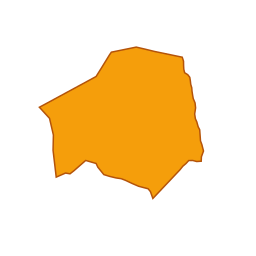 the district of Cacimba de Areia, Paraíba, Brazil, rotated 51°
{"feature_id": "56859067B18621078611334", "entity_name": "Cacimba de Areia", "entity_type": "district", "adm_level": 2, "iso_a3": "BRA", "parent_name": "Brazil", "parent_adm1": "Paraíba", "projection": "robinson", "projection_center": [-37.154, -7.144], "detail": "fine", "context": "isolated", "style": "filled", "palette": "amber", "viewbox_px": 256, "rotation_deg": 51, "n_neighbors": 0, "source": "geoboundaries", "source_scale": "gbopen_adm2", "svg_char_len": 869}
<svg xmlns="http://www.w3.org/2000/svg" viewBox="0 0 256 256"><g transform="rotate(51 128 128)"><path d="M193.4,83.8L187.3,81.0L183.7,79.8L174.5,73.4L171.2,72.7L166.6,70.7L163.2,69.8L159.1,67.4L154.9,62.8L150.7,60.1L146.2,58.8L143.3,57.2L139.7,55.1L136.8,53.1L133.6,51.8L130.5,49.8L127.5,48.1L124.2,48.0L120.7,49.2L117.5,47.7L114.6,45.6L111.0,42.8L107.1,41.3L85.1,59.3L77.6,65.0L70.3,70.7L58.6,93.2L59.5,96.3L64.4,110.2L67.9,120.4L57.2,178.0L56.1,183.8L71.1,182.9L86.5,190.4L98.2,200.3L121.0,214.7L123.7,204.9L127.1,201.9L127.2,196.9L127.0,192.0L126.6,181.3L135.5,175.1L139.5,176.1L149.0,176.1L154.1,172.7L159.3,168.7L163.1,165.2L166.9,163.0L173.7,159.7L180.0,156.4L187.9,150.6L191.5,150.6L198.4,153.0L193.2,114.1L192.2,109.4L192.1,105.3L191.5,101.3L194.0,98.1L197.3,95.7L199.9,92.0L196.6,89.1L193.4,83.8Z" fill="#f59e0b" stroke="#b45309" stroke-width="1.5"/></g></svg>